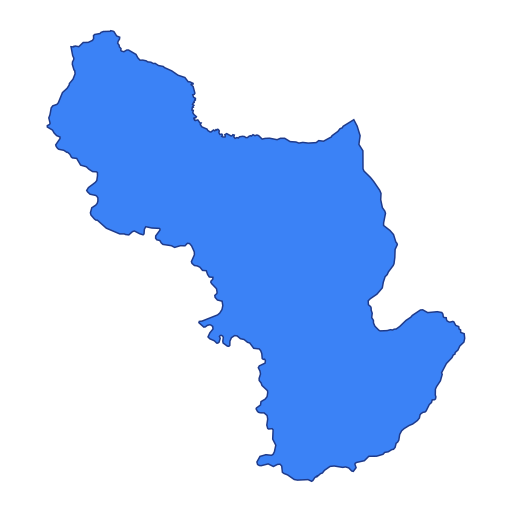 the district of Policarpa, Nariño, Colombia
{"feature_id": "7082276B31672425369097", "entity_name": "Policarpa", "entity_type": "district", "adm_level": 2, "iso_a3": "COL", "parent_name": "Colombia", "parent_adm1": "Nariño", "projection": "orthographic", "projection_center": [-77.503, 1.734], "detail": "fine", "context": "isolated", "style": "filled", "palette": "blue", "viewbox_px": 512, "rotation_deg": 0, "n_neighbors": 0, "source": "geoboundaries", "source_scale": "gbopen_adm2", "svg_char_len": 5982}
<svg xmlns="http://www.w3.org/2000/svg" viewBox="0 0 512 512"><path d="M265.9,454.7L260.0,456.4L256.9,462.0L257.6,464.5L259.3,465.5L261.1,465.7L268.2,463.9L273.4,466.5L277.5,464.4L280.0,464.2L281.7,466.0L282.4,472.3L284.0,473.5L287.6,474.9L294.2,479.5L297.5,480.1L308.1,479.6L311.6,481.3L312.8,480.6L314.8,477.6L317.0,476.0L317.1,476.6L320.6,473.6L322.4,473.0L324.5,470.3L330.1,466.4L334.2,466.0L342.8,467.4L345.5,466.9L348.7,467.9L351.7,471.0L353.3,471.4L356.1,467.7L354.9,464.2L355.2,463.3L356.7,462.4L364.4,460.7L368.8,456.3L376.6,456.2L383.0,454.3L384.7,452.4L388.2,451.8L391.8,449.6L393.5,449.3L395.1,447.4L396.1,443.3L397.6,442.1L398.8,440.1L399.7,434.4L401.7,430.7L404.1,428.6L409.1,425.5L412.7,424.0L417.4,420.5L419.4,418.0L420.0,414.9L420.8,413.8L423.0,412.3L425.0,412.0L426.1,411.0L429.3,404.5L431.5,402.5L432.2,399.9L434.6,399.7L435.5,398.9L435.9,396.9L435.3,395.0L435.4,389.2L436.5,386.7L440.4,380.8L442.2,374.4L441.6,372.7L446.4,363.5L452.0,357.6L453.3,354.9L454.9,354.2L455.2,352.5L457.9,350.1L459.8,346.0L463.9,342.1L464.7,338.3L464.2,333.7L460.7,332.4L460.6,329.9L459.1,329.0L458.7,326.6L455.7,325.4L453.8,321.8L452.8,321.4L449.6,322.2L447.3,321.1L446.5,319.8L446.2,317.7L444.1,317.5L443.3,316.8L442.9,314.1L441.8,312.5L437.3,311.7L427.7,312.6L422.7,309.8L420.4,310.0L412.3,315.4L410.8,317.2L406.0,320.4L399.7,326.5L396.2,329.0L394.1,329.2L392.6,330.0L390.4,329.7L387.2,330.6L380.2,330.9L378.8,330.2L374.9,326.2L373.5,323.0L373.4,320.3L371.7,317.6L372.2,313.2L371.2,310.3L371.1,307.8L370.6,306.6L368.4,304.7L368.2,300.8L370.3,298.7L376.9,294.2L382.3,287.9L383.3,282.2L385.1,276.7L387.2,274.6L388.4,271.9L393.2,265.5L394.0,263.7L394.8,257.6L395.1,249.4L397.3,244.7L397.0,243.4L395.8,241.9L393.5,234.5L389.9,230.4L383.6,225.5L383.6,222.9L385.5,213.3L384.8,211.1L382.4,207.7L380.7,199.7L381.0,193.4L379.7,190.3L373.7,181.5L370.4,177.4L364.0,171.1L363.0,168.8L362.9,150.8L358.9,144.4L360.1,135.7L357.2,126.2L353.8,119.7L343.1,126.3L342.3,127.8L340.0,128.7L337.9,131.4L332.0,135.7L331.4,136.9L323.5,141.2L318.7,140.6L316.2,142.6L308.3,143.1L302.8,142.4L298.9,143.1L296.0,142.0L290.1,141.6L284.7,138.3L280.4,138.3L277.1,139.7L269.6,138.2L265.0,138.4L262.2,139.1L258.6,135.6L256.9,135.0L254.9,135.7L253.0,134.7L251.3,136.1L250.5,135.7L249.1,136.2L247.4,137.6L245.8,137.6L244.6,136.6L242.6,136.3L239.5,136.8L238.4,138.0L236.8,137.6L235.1,138.4L233.8,136.8L234.3,135.1L232.9,134.7L232.1,135.7L231.1,136.0L226.7,133.6L224.8,134.7L225.3,136.0L225.0,137.0L223.1,137.0L221.7,136.4L222.5,135.1L221.8,134.1L219.8,134.4L218.9,132.6L219.3,130.9L218.3,129.5L217.4,129.3L216.7,130.1L216.0,129.6L214.8,130.8L213.5,130.0L210.9,132.0L210.0,131.9L207.8,130.5L207.0,129.1L201.9,126.9L200.3,124.6L201.1,123.0L200.0,123.0L197.8,119.9L195.3,120.6L194.6,120.3L194.7,119.2L193.8,118.8L194.0,117.9L195.8,117.6L196.4,116.7L193.9,114.5L192.8,112.7L193.3,110.4L191.9,110.0L192.4,107.3L193.2,107.2L192.8,106.5L193.9,105.3L192.5,104.4L193.4,102.8L194.2,102.5L194.0,101.4L195.3,100.1L194.9,99.4L195.5,98.9L195.4,98.3L193.6,97.3L192.7,94.8L194.3,94.3L194.9,93.2L193.1,86.5L191.1,84.7L191.4,84.2L193.1,84.0L193.1,83.4L189.8,81.8L188.2,81.8L184.9,77.5L178.0,75.2L171.8,70.9L164.5,67.6L163.3,66.5L158.4,65.5L155.2,63.4L153.2,63.5L150.9,62.2L147.8,61.9L146.1,60.8L142.8,60.1L140.0,60.2L137.8,57.8L136.0,54.4L128.5,50.0L126.8,50.0L123.9,51.7L121.5,51.1L120.8,50.4L121.0,48.6L119.4,46.9L119.1,45.1L117.7,43.3L118.1,41.3L119.5,39.1L119.7,37.2L116.6,35.9L114.0,31.7L113.1,31.2L110.7,30.7L110.2,31.3L103.4,31.5L101.0,32.4L100.1,33.5L94.6,34.5L93.5,35.6L93.6,38.6L92.5,40.4L88.2,42.4L83.2,42.5L78.8,46.7L75.2,46.0L74.6,46.5L74.0,46.2L73.3,46.9L71.0,46.7L72.7,55.7L73.8,58.1L73.7,59.6L72.5,61.9L72.3,64.3L74.0,70.0L74.7,70.6L75.1,73.8L73.0,79.2L69.4,83.5L69.2,85.0L67.1,88.3L62.5,92.5L58.3,102.8L56.9,104.4L52.8,105.8L51.2,107.9L50.0,114.6L48.8,117.9L50.1,123.3L49.5,124.5L47.3,125.6L47.3,127.0L52.5,130.1L54.1,133.0L56.6,135.6L60.0,137.0L60.0,138.6L55.7,144.9L56.2,146.5L57.6,148.4L58.8,149.3L63.8,150.3L66.8,152.3L67.7,152.3L69.9,154.3L71.3,157.0L72.4,157.9L76.7,158.4L80.6,165.1L86.4,166.8L89.0,169.3L92.6,171.6L96.4,171.8L97.4,172.5L97.5,175.6L96.8,180.5L95.3,182.4L88.5,187.5L86.7,190.4L87.5,191.8L90.0,194.2L95.6,195.4L96.7,196.1L97.9,197.9L97.9,201.1L97.2,203.4L95.7,205.2L91.8,207.7L90.4,212.8L91.0,215.1L94.4,219.0L95.9,220.1L97.4,220.2L106.3,228.2L119.7,233.9L124.3,233.9L125.5,234.5L128.8,234.9L132.5,231.6L134.4,231.0L139.8,233.8L143.1,234.8L144.0,233.9L144.4,229.2L145.8,226.7L151.7,228.0L159.4,228.4L160.0,229.1L159.9,230.2L155.7,235.9L155.6,238.2L156.8,239.8L159.8,240.5L161.3,243.0L162.9,244.4L171.4,245.7L174.6,247.4L180.4,245.7L185.0,245.8L187.4,243.3L189.5,243.5L191.6,245.9L194.3,251.9L194.4,254.8L191.4,261.6L192.0,263.4L194.4,265.5L197.2,265.9L199.9,267.2L202.5,270.4L206.3,270.7L207.6,274.5L209.3,277.0L212.9,277.3L212.8,279.2L211.0,281.1L210.8,282.2L211.7,283.7L216.5,288.7L217.1,292.3L216.8,293.6L214.8,295.4L215.1,297.4L217.4,300.0L222.1,301.2L222.8,305.5L222.0,309.5L219.8,313.0L217.6,314.9L202.0,321.1L199.3,321.4L198.9,322.7L203.8,327.1L205.3,326.9L207.3,325.4L209.5,324.8L210.6,324.9L212.7,326.4L213.0,329.0L209.9,332.8L208.0,336.9L209.8,338.8L214.4,340.8L216.7,343.1L217.8,343.1L219.1,342.1L220.2,338.4L219.4,336.4L220.4,335.4L221.5,335.4L222.6,336.0L223.3,337.4L222.8,341.2L223.1,343.0L227.3,346.1L228.8,346.3L229.8,345.4L229.9,341.2L231.4,337.7L234.6,335.6L237.1,335.9L240.4,338.7L244.1,339.5L247.5,342.3L249.8,343.0L253.7,348.3L259.2,348.9L260.7,350.7L261.8,353.7L262.2,358.5L263.3,359.4L264.6,359.2L265.4,360.6L265.1,363.1L259.4,365.8L258.3,367.7L260.0,371.1L260.5,374.0L259.1,378.4L259.2,380.5L261.1,383.0L262.0,385.5L267.5,390.7L267.7,392.7L267.1,396.6L265.2,399.1L261.0,401.6L260.5,405.0L256.5,407.9L256.1,408.9L257.5,411.4L258.5,412.3L260.3,412.8L264.1,412.9L267.1,415.5L267.7,419.0L266.8,425.1L267.7,428.4L268.6,429.0L272.1,428.7L273.1,429.8L272.7,439.1L275.8,445.2L274.4,451.8L273.0,454.4L271.4,455.3L265.9,454.7Z" fill="#3b82f6" stroke="#1e3a8a" stroke-width="1.5"/></svg>